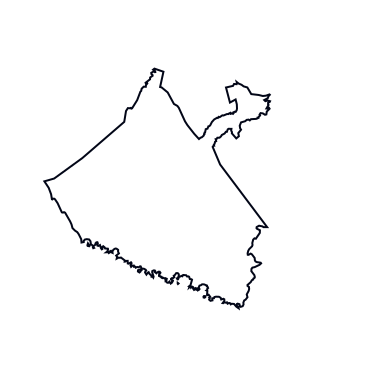 the district of Santa María Huatulco, Oaxaca, Mexico, rotated 55°
{"feature_id": "50627088B35092187555669", "entity_name": "Santa María Huatulco", "entity_type": "district", "adm_level": 2, "iso_a3": "MEX", "parent_name": "Mexico", "parent_adm1": "Oaxaca", "projection": "robinson", "projection_center": [-96.169, 15.822], "detail": "fine", "context": "isolated", "style": "outline", "palette": "ink", "viewbox_px": 384, "rotation_deg": 55, "n_neighbors": 0, "source": "geoboundaries", "source_scale": "gbopen_adm2", "svg_char_len": 6092}
<svg xmlns="http://www.w3.org/2000/svg" viewBox="0 0 384 384"><g transform="rotate(55 192 192)"><path d="M156.5,72.6L155.5,76.2L154.0,78.9L150.8,81.7L145.8,87.3L138.1,86.7L135.1,89.1L132.6,89.9L129.9,91.6L127.5,92.3L128.8,92.8L129.3,93.6L127.6,95.6L128.6,97.5L125.9,104.2L140.5,109.6L141.2,103.2L145.9,105.0L149.5,107.3L150.7,108.6L151.4,110.3L150.8,110.8L150.5,112.3L151.2,112.5L151.5,113.6L150.6,114.0L149.9,116.3L149.7,115.0L149.2,115.0L148.9,116.9L149.1,117.4L148.2,118.7L147.4,122.3L146.6,123.2L146.6,126.1L146.4,126.7L145.8,127.0L146.2,128.4L145.6,128.8L145.3,132.2L146.1,135.6L147.8,138.8L148.0,140.1L147.6,140.9L149.0,143.0L148.4,144.7L150.6,147.0L150.5,147.6L151.6,148.4L151.4,148.8L152.5,150.0L152.8,152.5L152.4,154.0L152.6,155.9L145.6,156.8L134.6,157.4L130.1,157.2L115.4,154.5L113.1,154.6L109.5,156.3L96.5,154.8L88.9,156.9L87.7,157.9L77.1,146.4L69.4,152.0L69.5,153.7L71.9,152.9L72.7,153.3L72.5,153.7L71.3,153.9L71.0,157.0L72.1,157.6L73.4,157.2L74.2,157.6L74.2,160.6L75.6,161.7L75.9,167.4L76.4,167.5L76.9,166.2L77.4,166.3L78.1,168.5L79.3,169.5L78.0,171.2L78.5,174.0L80.1,175.7L80.2,176.7L85.3,184.2L89.1,193.1L88.9,193.9L88.0,193.9L87.6,195.1L86.5,196.4L87.8,199.6L95.7,207.3L101.3,262.4L101.9,297.2L98.6,306.8L106.4,307.0L113.0,308.7L117.6,310.9L118.0,310.6L117.7,309.7L118.6,308.6L119.6,308.4L124.1,308.5L134.0,310.3L134.9,309.5L135.1,308.4L136.2,307.8L146.2,308.7L149.5,309.3L153.0,310.6L156.5,310.0L159.1,309.0L161.5,309.0L167.1,309.8L170.0,311.5L170.9,309.4L169.9,308.7L169.5,307.0L170.3,305.2L171.9,303.5L174.1,303.4L176.8,304.8L179.9,303.6L179.7,301.3L178.7,300.5L178.4,299.2L178.9,298.3L180.1,298.6L180.9,299.8L181.7,300.2L182.5,299.6L182.7,297.8L185.7,298.8L187.2,298.8L187.3,298.1L185.5,296.7L185.5,295.8L187.4,295.3L188.4,295.6L190.2,293.4L190.8,293.6L192.1,295.4L192.2,296.8L193.2,295.2L194.3,295.2L194.3,294.5L193.4,294.3L193.7,292.1L194.5,292.0L195.1,292.7L196.3,292.0L195.1,291.4L194.2,289.5L194.2,287.9L194.6,286.8L195.3,286.3L197.0,285.7L198.5,286.8L200.4,287.1L200.6,290.6L202.1,290.5L203.4,291.9L203.6,289.9L204.7,288.6L204.9,287.8L209.6,286.3L210.4,287.1L210.8,286.3L210.6,285.6L211.5,284.2L213.7,285.6L214.4,285.0L214.6,282.3L215.6,282.3L216.8,284.4L218.4,284.8L218.2,282.8L219.0,281.8L220.0,282.4L220.7,281.3L221.7,281.5L222.0,279.9L223.1,278.9L223.1,277.1L223.5,276.7L225.8,277.2L227.3,275.4L229.1,274.5L230.1,274.6L230.3,275.8L231.0,276.6L233.5,276.7L232.7,274.4L232.8,273.5L234.5,273.8L237.2,273.2L238.2,273.8L239.0,272.8L239.9,272.8L239.3,272.0L235.0,270.7L234.0,269.9L234.2,268.4L234.9,267.5L235.6,267.5L236.2,268.4L237.9,267.9L237.6,267.5L238.0,267.1L237.9,266.5L238.5,266.0L238.1,265.9L238.1,265.1L238.8,264.2L240.1,264.2L241.0,266.6L241.9,267.2L242.4,266.9L242.0,266.5L244.0,266.2L243.7,265.8L244.0,265.5L245.6,265.5L245.7,264.8L247.0,264.2L247.1,263.4L248.2,262.7L248.3,263.2L248.9,262.8L249.8,263.7L248.9,265.3L249.4,264.6L249.8,264.8L249.9,264.2L250.3,264.6L252.1,264.3L252.7,263.5L252.5,262.1L253.4,262.4L254.4,261.5L254.8,261.7L254.8,260.6L254.6,260.1L254.0,260.0L254.1,259.0L253.6,258.4L251.7,259.4L251.1,259.0L251.0,257.9L251.7,256.8L251.6,255.3L250.2,255.1L250.1,253.4L249.4,251.5L250.3,250.2L251.8,250.0L253.0,250.8L254.2,252.7L254.1,253.9L255.3,254.0L255.5,253.5L253.9,251.0L254.6,250.0L254.6,248.8L255.5,248.2L254.9,247.2L255.0,246.7L256.9,244.5L258.4,244.5L259.2,243.2L259.9,243.0L262.0,243.7L263.3,242.4L263.9,242.3L267.4,246.6L267.6,248.7L268.2,248.4L268.5,248.8L268.3,247.1L269.1,246.7L269.8,247.3L269.8,246.0L270.3,245.7L271.0,245.7L271.7,246.5L273.4,246.5L273.5,245.5L272.7,244.7L272.8,244.1L273.6,244.1L273.9,243.2L274.9,244.2L275.3,243.8L275.1,242.4L276.0,243.2L276.1,242.6L275.8,241.5L274.0,241.2L273.0,239.6L273.5,238.0L273.4,236.7L274.6,235.1L277.2,233.4L277.8,234.0L278.6,233.6L279.9,233.9L280.1,235.1L281.1,235.9L281.0,236.6L281.9,236.2L284.9,238.7L285.6,238.2L285.7,237.3L288.1,237.2L288.4,238.5L289.2,238.3L290.0,239.7L291.7,239.3L292.5,237.4L290.7,236.4L291.6,234.9L290.9,233.9L291.5,232.4L293.3,230.0L295.1,229.2L296.8,229.7L297.5,227.5L298.4,227.1L299.7,227.9L300.6,230.6L301.0,230.2L300.9,228.9L302.3,227.5L302.4,226.7L303.9,226.9L304.1,225.4L304.7,224.7L306.3,224.7L306.3,223.6L307.8,221.8L311.2,221.5L314.0,220.5L312.7,219.9L310.6,220.6L309.5,219.5L309.6,218.7L311.1,217.5L313.3,218.3L314.0,218.0L314.6,216.0L313.7,214.3L312.1,213.4L310.8,211.5L310.9,209.8L310.0,206.9L307.3,205.9L305.5,202.3L304.2,200.8L302.4,199.8L300.9,200.4L300.0,199.9L299.5,195.5L298.6,193.6L298.8,192.1L298.1,191.4L298.2,190.0L297.7,189.3L295.8,188.6L290.9,188.8L289.1,187.4L288.6,185.9L289.5,183.7L290.4,178.4L290.1,176.3L289.3,176.3L286.6,179.1L285.3,179.8L284.1,179.7L281.9,178.5L277.3,178.7L276.1,179.3L275.9,181.7L275.4,182.3L274.1,181.6L272.4,179.6L271.6,177.9L270.9,173.9L270.1,172.8L268.4,171.9L266.1,169.2L265.8,167.4L266.9,166.5L264.4,159.9L262.3,158.3L259.3,159.9L258.6,159.9L257.8,159.1L258.1,156.4L260.6,154.0L261.8,153.6L263.9,150.6L185.6,153.2L166.9,149.2L166.4,147.7L166.7,147.3L165.8,147.0L165.5,145.9L164.1,144.3L164.2,143.0L162.3,142.3L162.7,141.6L162.1,140.1L163.3,138.3L163.1,136.4L162.4,134.9L162.8,131.8L162.1,129.7L162.7,128.9L161.2,126.8L161.2,125.8L162.9,123.5L164.2,124.7L165.9,124.9L166.8,125.7L173.5,125.0L173.2,121.6L170.3,120.3L169.1,116.1L167.4,116.0L165.1,114.9L163.1,111.9L164.5,107.9L164.3,105.8L165.2,104.1L166.5,103.6L166.2,101.9L168.9,97.5L169.2,96.3L168.7,95.7L169.4,95.0L168.7,94.2L168.4,92.4L167.4,92.3L166.7,90.6L168.2,88.9L170.6,87.9L171.1,86.6L169.0,84.6L168.3,80.7L167.0,80.6L166.7,80.9L166.7,82.6L166.3,83.1L164.6,79.4L164.0,79.5L162.5,78.4L162.8,76.7L162.4,76.0L160.4,77.6L159.7,79.8L158.1,80.1L158.6,76.1L157.4,74.4L157.0,72.5L156.5,72.6ZM226.1,281.9L227.8,281.2L227.6,279.7L227.0,279.2L227.0,278.0L226.0,277.9L225.1,281.1L226.1,281.9ZM176.3,308.4L177.5,307.3L177.3,306.7L174.4,306.7L175.6,308.2L176.3,308.4ZM285.6,241.1L284.3,240.4L284.8,241.1L284.1,241.9L284.3,242.6L285.1,243.0L285.7,242.5L285.8,241.7L285.6,241.1ZM181.4,305.1L181.6,304.3L180.7,304.4L180.5,304.9L181.4,305.1ZM259.3,256.3L259.2,255.5L258.2,255.8L258.9,256.3L259.3,256.3Z" fill="none" stroke="#020617" stroke-width="2"/></g></svg>